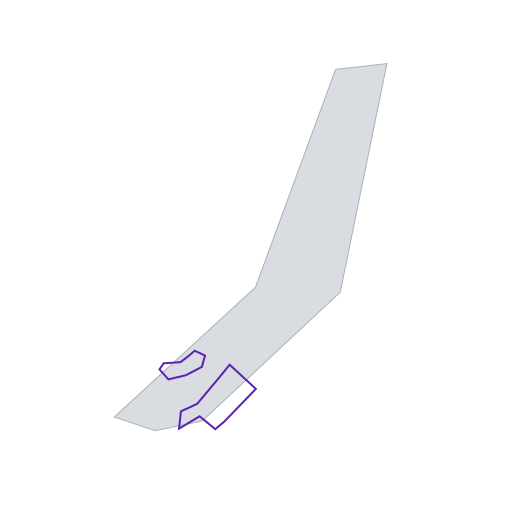 Warwick highlighted on a map of Bermuda, rotated 341°
{"feature_id": "BMU-5144", "entity_name": "Warwick", "entity_type": "state/province", "adm_level": 1, "iso_a3": "BMU", "parent_name": "Bermuda", "parent_adm1": "", "projection": "orthographic", "projection_center": [-64.817, 32.272], "detail": "fine", "context": "in_parent", "style": "outline", "palette": "violet", "viewbox_px": 512, "rotation_deg": 341, "n_neighbors": 0, "source": "natural_earth", "source_scale": "10m", "svg_char_len": 564}
<svg xmlns="http://www.w3.org/2000/svg" viewBox="0 0 512 512"><g transform="rotate(341 256 256)"><path d="M323.9,317.6L151.5,394.4L103.7,388.3L69.6,362.1L245.4,285.3L392.0,105.5L442.4,116.7L323.9,317.6Z" fill="#d9dde1" stroke="#a8b0b8" stroke-width="1"/><path d="M127.0,394.2L134.5,378.4L152.3,376.6L184.3,357.3L195.7,350.2L212.6,381.6L172.4,402.1L161.1,406.5L150.5,389.2L127.0,394.2ZM168.7,343.2L150.8,345.9L133.0,344.1L127.8,331.8L133.7,327.4L150.1,331.8L160.5,328.3L167.2,325.6L175.4,333.6L168.7,343.2Z" fill="none" stroke="#5b21b6" stroke-width="2"/></g></svg>